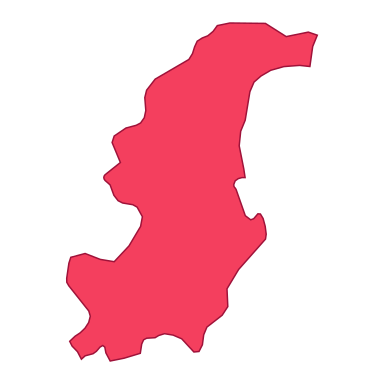 the Province of Como
{"feature_id": "ITA-5452", "entity_name": "Como", "entity_type": "Province", "adm_level": 1, "iso_a3": "ITA", "parent_name": "Italy", "parent_adm1": "", "projection": "robinson", "projection_center": [9.13, 45.942], "detail": "fine", "context": "isolated", "style": "filled", "palette": "rose", "viewbox_px": 384, "rotation_deg": 0, "n_neighbors": 0, "source": "natural_earth", "source_scale": "10m", "svg_char_len": 1478}
<svg xmlns="http://www.w3.org/2000/svg" viewBox="0 0 384 384"><path d="M70.8,257.3L85.1,253.5L100.3,259.4L114.2,261.7L129.0,245.9L140.6,226.4L142.4,216.7L137.1,207.1L132.8,204.7L122.6,203.0L118.1,200.7L113.9,195.3L110.1,184.9L105.1,180.5L104.1,179.0L103.8,177.6L104.1,176.1L105.1,174.7L120.4,162.5L112.1,142.5L114.2,136.0L126.0,128.0L136.2,125.3L140.6,123.0L144.3,117.7L145.8,110.6L144.8,97.6L146.6,90.2L155.2,79.1L188.8,59.5L189.1,59.1L192.5,53.6L194.6,46.9L197.2,41.2L202.2,38.0L207.8,35.8L213.1,31.4L217.3,25.6L229.9,23.0L265.4,23.4L286.2,36.6L308.3,32.1L317.3,35.2L312.7,46.5L309.9,66.5L299.7,65.4L288.8,66.2L283.8,66.6L270.7,70.3L261.0,76.0L254.0,82.1L249.9,91.7L245.2,120.2L240.7,131.2L239.2,145.8L243.8,169.0L245.1,177.6L241.9,177.6L238.3,178.6L235.2,180.8L233.8,184.4L233.9,186.3L234.5,187.3L235.3,188.2L236.1,189.5L245.3,215.7L250.7,219.8L253.7,218.7L257.9,213.8L260.4,214.0L263.1,218.5L265.2,226.3L266.2,234.2L265.5,239.1L238.6,269.5L227.0,288.8L227.8,306.6L222.2,315.2L206.9,327.1L203.7,334.8L202.4,344.8L199.0,351.5L193.9,352.0L181.7,338.8L173.1,335.1L164.5,333.7L158.7,335.5L155.1,337.7L146.7,338.2L143.6,339.8L141.7,344.1L140.3,353.3L124.1,358.2L110.2,361.0L105.9,352.9L104.8,347.1L102.8,345.5L100.0,347.1L96.4,351.3L93.1,353.7L85.2,355.8L81.4,359.2L77.5,351.7L72.1,346.1L69.7,341.3L75.1,336.2L80.1,332.9L85.0,328.2L88.7,322.5L90.3,316.2L88.8,311.0L68.8,285.8L66.8,282.3L66.7,278.3L68.9,263.2L70.8,257.3Z" fill="#f43f5e" stroke="#9f1239" stroke-width="1.5"/></svg>